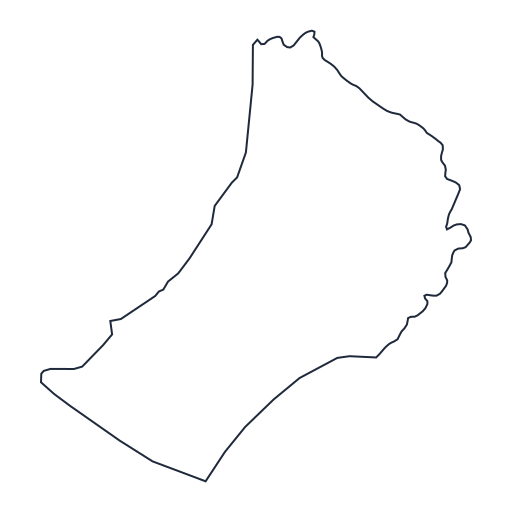 San Pedro La Laguna, Sololá, Guatemala (Mercator projection)
{"feature_id": "79465075B50823159206102", "entity_name": "San Pedro La Laguna", "entity_type": "district", "adm_level": 2, "iso_a3": "GTM", "parent_name": "Guatemala", "parent_adm1": "Sololá", "projection": "mercator", "projection_center": [-91.261, 14.648], "detail": "fine", "context": "isolated", "style": "outline", "palette": "slate", "viewbox_px": 512, "rotation_deg": 0, "n_neighbors": 0, "source": "geoboundaries", "source_scale": "gbopen_adm2", "svg_char_len": 2385}
<svg xmlns="http://www.w3.org/2000/svg" viewBox="0 0 512 512"><path d="M205.6,481.3L225.0,451.8L245.2,426.9L273.7,399.4L299.6,378.0L337.3,357.9L349.5,356.2L372.8,357.3L376.1,357.5L379.4,354.2L381.2,352.1L384.0,348.8L386.1,346.6L389.1,344.0L391.5,342.6L394.2,341.4L397.6,339.2L399.4,335.5L401.5,331.5L404.5,328.3L406.9,324.5L407.6,321.0L408.1,318.1L410.8,316.8L414.6,316.7L417.5,315.4L420.5,313.0L422.7,311.3L425.4,308.2L427.4,304.0L427.4,301.2L425.1,298.5L424.4,295.8L426.7,294.7L429.2,295.1L433.5,295.7L436.4,295.7L439.8,293.9L441.8,291.6L444.5,287.9L446.0,285.9L447.1,283.0L447.2,280.4L445.5,276.9L445.2,273.1L448.3,268.0L451.4,262.4L451.7,259.3L452.2,255.3L453.2,252.9L454.5,250.5L458.2,248.6L463.0,248.2L465.7,247.1L469.8,242.4L471.0,240.3L470.7,237.0L468.5,232.8L467.6,229.4L464.9,225.4L460.9,224.1L456.9,224.4L453.7,225.5L451.0,227.3L447.0,229.4L446.1,226.7L447.2,223.6L447.6,220.7L448.0,218.2L449.0,214.4L450.2,211.8L451.8,209.1L452.9,206.5L458.1,194.2L460.1,189.1L459.2,185.2L457.3,183.6L455.5,182.3L453.4,181.4L451.2,180.5L449.1,179.7L447.0,178.9L445.1,176.2L445.4,172.7L445.8,169.7L445.0,165.7L442.3,162.2L441.1,159.9L441.1,156.0L441.9,152.7L442.9,149.4L442.7,145.3L440.7,142.8L438.4,141.2L436.0,139.2L431.5,135.9L428.7,134.1L426.8,132.9L425.2,130.5L423.6,128.6L421.5,126.9L418.7,124.9L416.8,123.8L414.2,122.9L411.0,122.1L408.9,121.3L405.5,119.3L402.9,117.1L400.1,114.6L397.9,114.0L392.5,112.9L389.7,112.0L386.8,110.8L383.5,108.8L380.1,106.5L376.8,104.2L372.6,101.3L368.4,97.7L359.3,88.2L356.2,86.0L353.4,84.9L351.1,83.7L349.1,82.3L346.7,80.6L344.2,78.6L341.5,76.3L339.4,73.4L337.4,70.2L334.6,67.0L332.9,65.5L330.8,63.9L328.9,62.6L326.6,61.2L324.7,60.0L322.6,57.9L322.0,55.8L322.1,52.9L321.7,50.5L320.7,46.9L319.5,43.6L318.3,41.5L315.5,39.0L313.4,37.1L314.3,34.5L314.5,31.7L311.9,30.7L308.3,31.6L305.8,32.7L303.4,34.4L299.9,37.6L293.6,45.5L290.2,47.5L287.1,47.1L283.7,44.7L282.2,40.7L281.5,38.4L279.6,36.9L277.1,36.8L272.9,38.0L270.2,39.1L267.6,40.7L264.6,43.9L261.2,44.2L259.5,42.1L257.4,39.7L252.9,44.9L252.6,84.6L245.9,152.5L237.1,177.4L231.8,182.7L214.7,205.9L211.6,224.3L189.5,258.4L178.2,273.4L168.0,281.6L163.3,289.6L158.9,291.5L155.2,296.0L120.9,319.0L110.3,321.0L112.1,334.4L103.1,345.1L82.2,366.6L73.9,369.0L50.5,368.9L43.7,370.9L41.3,373.7L41.0,382.3L53.9,393.8L70.4,406.1L119.8,440.7L152.6,461.4L205.6,481.3Z" fill="none" stroke="#1e293b" stroke-width="2"/></svg>